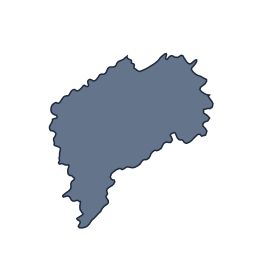 outline of Talachyn, Vitebsk, Belarus, rotated 328°
{"feature_id": "67162791B51675752120435", "entity_name": "Talachyn", "entity_type": "district", "adm_level": 2, "iso_a3": "BLR", "parent_name": "Belarus", "parent_adm1": "Vitebsk", "projection": "robinson", "projection_center": [29.697, 54.429], "detail": "fine", "context": "isolated", "style": "filled", "palette": "slate", "viewbox_px": 256, "rotation_deg": 328, "n_neighbors": 0, "source": "geoboundaries", "source_scale": "gbopen_adm2", "svg_char_len": 4620}
<svg xmlns="http://www.w3.org/2000/svg" viewBox="0 0 256 256"><g transform="rotate(328 128 128)"><path d="M214.5,143.2L212.5,141.6L211.0,139.2L209.5,135.9L209.3,133.5L211.0,131.9L214.0,131.6L216.7,131.4L219.5,129.9L220.3,128.5L218.8,126.1L217.1,122.9L215.1,120.4L213.8,118.2L212.9,114.7L212.7,112.0L214.3,110.6L217.0,110.0L219.4,109.1L221.4,108.0L222.3,106.5L221.4,106.1L219.8,106.2L218.2,106.4L216.3,106.7L215.0,106.7L213.7,105.8L213.0,104.3L212.7,102.2L212.7,99.8L212.7,97.5L212.8,95.7L211.6,94.5L209.5,94.5L207.6,94.5L205.0,92.5L204.3,90.8L203.0,89.6L201.1,89.4L199.4,89.9L198.0,90.5L196.9,90.3L196.7,88.8L198.5,87.2L199.7,86.1L199.8,85.1L198.3,84.7L195.6,85.0L192.9,85.4L190.8,86.3L189.2,86.8L185.8,87.4L182.6,87.5L179.9,87.5L175.3,87.4L170.4,86.8L167.6,86.1L166.4,84.4L165.9,82.6L164.9,80.5L165.6,79.0L166.9,77.8L166.8,76.6L165.9,75.5L165.3,74.6L166.4,73.3L166.6,72.3L165.8,70.8L164.9,69.8L164.7,68.8L164.7,67.1L165.1,66.7L163.1,66.9L161.8,67.1L161.1,67.3L159.7,67.3L158.6,67.1L157.7,67.0L156.1,66.7L155.1,66.5L153.6,66.9L152.3,67.5L151.9,68.0L151.1,68.6L150.4,68.8L149.1,68.8L148.1,68.6L147.1,68.0L146.6,67.7L145.8,67.2L144.8,66.7L143.9,66.6L142.8,66.7L142.0,67.1L141.2,67.7L139.9,68.6L139.1,69.1L137.9,69.6L136.5,69.6L135.5,69.4L135.0,68.9L133.9,68.2L132.7,67.9L132.0,67.9L131.0,68.4L130.0,69.0L128.2,69.7L127.3,70.0L126.1,70.3L125.0,70.2L123.8,69.9L123.1,69.1L122.7,68.0L122.1,67.3L121.4,66.5L120.5,66.4L119.4,66.6L118.5,67.2L118.0,68.1L117.7,69.0L117.4,70.4L116.8,71.3L115.7,71.4L114.7,70.7L114.2,69.8L113.7,68.7L113.1,68.4L112.7,68.4L111.7,68.8L110.2,69.2L108.8,69.7L106.2,70.0L104.8,69.8L103.8,68.8L103.5,67.8L102.9,66.8L101.1,66.4L99.4,66.7L98.1,67.3L97.3,67.8L95.2,68.9L94.2,68.9L92.6,68.0L90.7,67.5L89.4,67.7L86.7,68.8L85.3,69.5L83.5,70.2L82.1,70.2L81.3,69.6L80.8,68.6L79.8,68.0L79.1,68.0L78.3,68.0L76.1,68.3L74.5,69.2L73.3,70.4L72.2,71.8L71.5,73.6L71.7,75.9L72.4,77.4L74.1,79.5L73.9,80.9L73.1,81.7L72.2,81.5L68.6,80.6L67.8,81.8L66.8,82.5L65.4,83.4L64.2,84.0L62.4,85.0L61.4,86.4L61.0,87.6L61.0,89.2L62.3,90.4L63.4,91.3L63.7,92.6L64.0,93.8L63.9,94.6L62.9,95.6L61.5,96.5L59.9,97.2L59.1,97.9L58.5,98.8L58.2,99.9L58.0,101.0L57.5,101.8L56.6,102.7L56.4,103.7L57.3,105.0L58.2,105.9L59.6,108.0L59.8,108.7L59.8,109.7L59.0,110.7L56.9,112.7L56.2,113.8L55.4,115.1L54.4,116.2L53.5,117.2L52.6,119.6L50.9,120.3L50.5,121.7L51.1,122.5L52.6,122.9L53.7,123.8L54.0,124.3L54.7,125.4L55.4,126.2L56.5,127.0L57.9,127.7L57.9,129.0L56.5,130.1L55.7,130.7L54.6,131.9L53.7,133.3L52.9,135.1L53.0,136.4L53.5,137.4L55.0,138.6L55.2,139.7L55.5,140.8L56.1,142.0L55.3,143.1L54.6,143.3L53.2,143.4L51.8,143.7L50.9,144.3L49.8,145.2L49.3,146.2L48.7,147.3L48.0,148.2L47.2,149.1L46.2,149.6L43.4,150.1L42.1,150.1L40.2,150.2L38.6,150.5L37.0,150.7L36.4,151.4L36.6,152.3L37.7,152.6L38.8,153.0L39.9,153.3L41.2,154.0L41.9,155.4L42.0,156.9L41.8,159.1L42.3,160.2L42.7,160.9L43.9,161.6L45.2,161.9L46.7,162.5L47.2,163.0L47.9,164.6L48.7,165.1L47.2,167.1L45.9,168.6L45.0,170.0L44.2,171.7L44.2,173.2L44.1,175.0L44.5,176.5L44.0,177.3L42.5,177.6L39.9,177.6L37.7,177.5L36.6,177.7L36.5,179.0L37.4,180.5L37.8,181.4L37.4,182.8L36.2,183.7L34.3,184.6L33.7,185.2L33.8,186.6L34.9,187.6L36.5,188.6L39.8,189.5L41.0,189.6L43.7,189.1L45.3,188.4L48.7,186.9L51.4,186.5L51.5,186.5L54.6,185.7L56.3,185.2L58.6,184.6L60.6,184.3L62.5,183.0L64.0,182.4L65.9,181.8L68.8,181.6L70.9,181.4L72.2,180.2L72.8,178.9L72.8,177.4L72.6,176.9L72.6,176.0L73.2,174.0L74.4,173.7L75.9,172.8L76.2,171.4L76.6,169.9L78.2,168.6L79.9,168.3L82.1,168.3L84.2,168.3L86.0,167.9L88.2,166.7L88.7,164.9L87.6,164.1L86.8,162.6L86.8,161.4L87.0,160.1L88.4,159.1L89.6,158.0L92.3,157.5L95.9,157.2L99.1,157.7L100.2,158.5L100.8,159.9L101.5,160.4L103.7,160.4L106.5,160.4L108.5,162.0L110.0,163.5L111.3,164.4L113.3,165.0L116.5,165.2L118.8,165.0L120.1,164.4L121.9,163.7L123.6,163.2L125.4,163.6L126.7,164.5L128.4,164.7L129.8,164.5L131.4,163.7L132.5,163.0L134.1,161.9L136.2,161.2L139.0,161.1L140.4,162.5L142.5,163.0L145.5,162.8L146.5,162.1L148.1,161.1L149.1,160.5L150.3,160.0L153.0,160.1L154.0,161.1L155.1,162.0L156.6,162.9L158.5,162.1L159.5,161.3L159.7,160.0L160.1,157.9L159.8,157.0L160.5,156.0L161.9,155.8L164.7,156.3L165.4,157.3L165.0,159.7L164.6,162.6L164.9,164.5L165.7,165.6L167.6,166.8L168.0,168.0L168.1,170.2L169.0,171.5L169.7,172.1L172.4,172.5L174.8,172.4L176.0,172.1L178.3,171.5L183.8,170.4L185.8,171.6L186.1,173.9L190.0,175.1L191.3,174.1L193.3,172.4L193.3,169.4L192.6,166.2L193.6,164.2L195.9,163.5L199.5,164.2L202.5,162.8L201.8,159.1L200.1,155.4L201.8,152.4L206.0,153.7L208.0,155.1L210.6,154.9L212.9,152.4L213.2,150.5L212.9,146.1L212.9,143.6L214.5,143.2Z" fill="#64748b" stroke="#1e293b" stroke-width="1.5"/></g></svg>